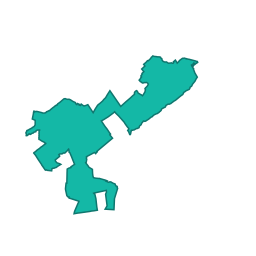 the district of Horia, Tulcea, Romania, rotated 59°
{"feature_id": "2599482B17678194817649", "entity_name": "Horia", "entity_type": "district", "adm_level": 2, "iso_a3": "ROU", "parent_name": "Romania", "parent_adm1": "Tulcea", "projection": "albers", "projection_center": [28.443, 45.057], "detail": "fine", "context": "isolated", "style": "filled", "palette": "teal", "viewbox_px": 256, "rotation_deg": 59, "n_neighbors": 0, "source": "geoboundaries", "source_scale": "gbopen_adm2", "svg_char_len": 5731}
<svg xmlns="http://www.w3.org/2000/svg" viewBox="0 0 256 256"><g transform="rotate(59 128 128)"><path d="M120.1,42.4L114.9,42.3L113.7,42.0L111.6,41.7L111.1,41.2L110.2,41.4L107.0,41.3L106.7,41.1L107.1,40.7L107.1,40.1L108.2,40.0L108.1,39.9L108.0,38.7L107.1,38.8L107.2,39.2L106.5,39.1L106.2,38.0L107.9,37.8L107.7,36.3L107.7,34.5L106.7,34.3L106.3,34.8L105.0,35.9L100.4,40.4L100.1,40.9L98.6,42.3L98.7,42.5L97.5,43.3L97.0,43.9L96.7,44.9L96.3,45.4L96.6,48.3L96.6,49.0L97.3,50.5L97.4,51.4L97.7,52.4L94.2,52.4L94.3,53.3L94.6,54.0L94.5,54.8L95.4,55.1L95.5,55.3L95.7,56.1L95.3,56.6L94.6,57.1L94.3,57.9L93.3,60.0L91.2,61.0L90.4,62.5L89.7,63.1L88.6,63.7L87.4,63.8L85.9,63.3L84.9,63.8L84.6,63.9L84.0,63.7L83.8,63.9L83.2,64.5L81.9,66.5L81.4,66.9L80.2,68.6L79.0,69.6L79.3,70.5L79.4,71.6L80.1,72.8L80.6,75.0L80.8,76.1L80.3,76.6L81.0,78.7L81.5,81.8L83.6,81.6L84.5,85.9L87.9,85.4L88.4,87.9L89.2,88.2L89.5,89.0L90.1,90.2L91.2,90.1L91.6,91.4L92.0,91.8L92.7,93.8L94.7,93.5L95.1,93.1L96.8,92.5L97.4,91.4L97.5,90.5L98.2,89.4L98.5,88.6L99.9,88.0L100.4,88.0L101.0,88.2L101.8,89.5L102.2,90.4L102.5,91.8L102.9,93.1L103.2,93.3L104.0,93.2L105.7,94.8L106.0,95.3L107.3,97.7L107.8,99.0L106.2,99.6L105.7,100.0L103.2,101.3L101.6,101.1L100.4,101.3L100.3,101.6L100.4,103.0L100.8,104.0L101.6,104.7L102.5,105.1L102.7,107.0L103.5,110.6L104.4,116.1L105.8,123.1L86.7,124.3L88.9,128.7L90.3,131.2L90.6,131.9L91.1,134.1L91.8,135.9L92.5,139.8L92.6,141.4L93.0,142.7L93.8,144.2L94.6,145.9L96.9,150.0L87.3,150.4L87.0,152.5L86.5,154.3L85.6,154.9L83.4,155.8L84.2,157.2L83.2,158.1L82.9,158.1L82.6,157.6L81.0,158.7L81.6,159.8L81.4,160.0L81.0,160.0L80.0,160.3L79.7,160.0L79.4,160.0L78.9,160.1L76.9,161.5L74.2,162.8L73.0,163.7L72.2,165.2L71.9,165.6L70.6,166.6L70.4,166.8L70.2,167.4L70.0,168.0L70.9,173.2L71.1,175.8L71.8,177.0L71.6,177.9L71.6,178.5L71.5,178.4L71.5,179.0L71.8,180.6L71.9,182.0L72.2,183.9L72.3,184.7L72.5,185.7L72.7,186.4L72.4,186.9L72.5,187.3L72.2,188.9L72.3,189.1L72.1,189.5L72.2,189.8L72.4,190.2L72.5,190.7L72.4,191.2L71.9,192.4L71.3,193.3L70.3,194.1L67.0,197.4L66.6,198.0L66.6,198.5L65.6,199.4L65.9,199.8L65.2,200.1L65.8,200.8L67.1,201.8L71.0,205.4L73.6,203.6L77.4,205.9L78.1,207.1L78.4,207.9L78.3,209.8L78.4,210.0L78.5,210.5L78.3,213.4L78.4,214.2L78.2,215.1L78.3,215.3L78.1,216.0L79.0,217.0L79.2,217.6L79.6,218.0L79.8,218.1L81.1,218.3L82.1,219.2L82.3,219.0L82.6,218.1L82.3,216.6L82.0,215.8L82.2,215.5L82.4,215.3L83.0,215.3L83.2,215.0L83.3,214.7L83.1,213.5L83.2,212.6L83.5,211.9L83.2,210.9L83.2,210.6L83.7,208.9L83.1,208.3L83.0,207.4L83.3,206.2L83.8,205.7L84.2,204.8L84.4,204.9L84.5,205.6L85.9,206.4L86.8,207.1L88.0,207.6L88.6,208.2L89.1,208.3L90.4,209.4L91.8,210.1L91.9,209.8L92.5,209.7L95.4,208.3L96.6,207.3L97.4,207.2L98.8,206.4L99.0,206.5L99.3,209.6L99.4,210.2L99.6,210.6L99.5,211.2L99.6,213.0L99.9,214.1L100.1,217.2L100.3,218.4L100.5,218.7L100.7,221.4L100.9,221.7L103.8,221.3L108.8,221.2L114.6,220.9L115.8,221.0L116.5,220.9L121.3,220.6L121.8,220.2L121.7,219.9L121.7,219.7L122.8,218.9L125.4,215.5L123.7,214.1L123.8,213.2L124.4,212.0L124.5,210.9L124.8,210.2L124.7,208.5L124.6,207.8L124.6,204.3L123.5,204.9L121.4,206.7L121.1,206.9L118.9,207.2L117.9,206.8L117.1,201.2L116.8,201.0L115.2,201.0L115.1,200.2L115.2,199.5L115.7,198.9L115.9,198.6L116.0,198.0L116.3,197.5L116.3,197.2L116.1,196.6L116.2,196.0L116.7,195.6L116.7,195.2L116.9,194.8L116.9,194.4L116.6,193.8L116.5,192.7L115.4,189.8L115.6,189.7L118.6,191.0L118.9,190.7L119.3,190.6L123.6,191.2L128.3,192.0L129.0,192.0L129.4,192.2L131.6,192.5L131.9,197.0L132.5,197.3L131.9,199.5L131.9,201.3L134.1,202.7L135.3,203.5L135.5,203.6L142.3,207.9L143.8,208.9L143.4,209.5L147.6,212.7L148.7,213.3L154.3,215.2L155.0,215.2L156.0,215.0L156.2,214.7L156.6,214.6L156.8,214.1L157.7,214.6L161.3,211.4L165.5,207.8L165.8,208.0L166.8,209.6L171.7,216.4L172.5,217.3L173.7,218.4L175.1,214.7L175.6,213.7L179.9,203.6L180.3,202.3L181.4,199.9L182.7,196.6L179.6,195.4L172.0,191.9L167.6,190.5L166.8,190.9L166.2,191.0L166.3,190.5L170.3,178.7L171.9,179.5L173.2,181.3L183.7,185.9L184.1,186.3L185.8,189.4L190.8,182.1L181.6,176.0L174.4,168.0L173.5,168.0L173.2,167.6L172.5,167.4L172.0,167.6L171.7,168.1L171.4,168.2L170.6,168.2L169.5,167.9L169.1,168.0L168.0,169.0L165.8,170.3L165.4,170.4L164.8,171.3L164.5,172.6L164.3,172.8L162.4,174.1L162.4,173.2L161.2,174.1L156.5,178.5L156.1,179.2L154.3,181.6L153.1,182.9L152.7,183.1L152.4,183.1L151.4,182.9L149.0,181.9L145.1,179.8L141.5,181.7L140.0,181.7L136.6,182.1L135.9,182.1L135.9,181.5L133.5,179.4L133.1,179.6L132.3,179.2L132.1,178.7L131.2,178.4L131.7,169.4L133.3,168.9L133.1,168.6L132.6,166.7L132.0,166.8L128.8,146.5L124.6,147.1L124.4,147.1L124.2,146.1L122.9,146.3L117.9,146.5L114.9,146.9L108.2,147.2L108.3,145.2L108.2,139.1L107.6,133.1L107.4,131.8L107.2,131.1L109.2,130.8L112.9,129.8L121.0,128.3L123.0,128.3L126.7,128.0L128.7,127.6L129.0,127.7L129.5,128.3L129.9,129.5L131.7,129.4L134.5,129.9L134.8,129.6L134.7,129.2L134.1,128.5L133.1,127.7L132.7,127.2L132.0,126.7L131.7,126.3L132.2,125.5L132.5,124.3L132.8,123.7L132.8,121.2L133.2,120.3L133.4,118.4L132.6,117.5L132.1,116.8L132.0,115.2L131.8,114.9L130.9,113.7L130.4,112.1L130.0,111.3L130.0,111.1L131.0,110.1L131.2,109.0L131.1,108.0L131.1,106.9L131.0,105.0L130.7,103.4L130.6,102.2L130.8,101.3L130.4,100.3L130.2,98.7L130.4,96.5L130.7,95.6L130.6,93.3L130.3,92.6L130.3,91.6L129.9,90.4L129.2,89.7L129.0,89.0L129.0,88.3L129.1,87.4L129.0,87.0L129.2,86.2L129.3,85.5L128.9,84.6L128.3,84.1L128.2,83.7L128.2,81.5L128.4,81.0L128.8,80.5L129.1,78.6L129.0,78.3L128.9,77.4L128.6,74.3L128.7,73.3L128.6,72.4L127.8,67.3L127.5,64.7L127.6,64.2L127.0,62.8L126.4,62.3L126.2,61.8L126.2,60.3L126.0,59.1L126.4,55.6L125.9,54.6L125.1,53.9L124.9,53.1L125.0,52.4L124.9,51.9L124.1,50.7L123.7,50.2L122.4,46.5L121.0,44.3L120.1,42.4Z" fill="#14b8a6" stroke="#0f766e" stroke-width="1.5"/></g></svg>